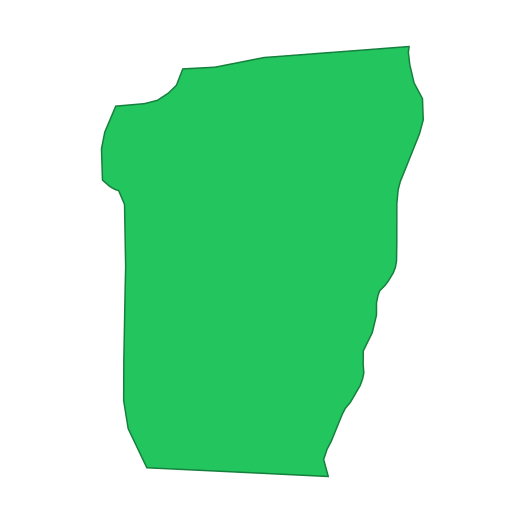 map outline of Atlantique (Robinson projection), rotated 183°
{"feature_id": "BEN-2174", "entity_name": "Atlantique", "entity_type": "Department", "adm_level": 1, "iso_a3": "BEN", "parent_name": "Benin", "parent_adm1": "", "projection": "robinson", "projection_center": [2.175, 6.604], "detail": "fine", "context": "isolated", "style": "filled", "palette": "green", "viewbox_px": 512, "rotation_deg": 183, "n_neighbors": 0, "source": "natural_earth", "source_scale": "10m", "svg_char_len": 846}
<svg xmlns="http://www.w3.org/2000/svg" viewBox="0 0 512 512"><g transform="rotate(183 256 256)"><path d="M338.9,439.0L306.9,442.4L258.5,454.6L114.1,473.2L114.5,467.2L112.4,454.9L107.2,437.1L98.0,421.9L96.1,400.7L99.2,386.4L112.4,347.7L115.8,337.9L117.5,329.7L118.1,315.7L116.1,276.9L115.4,258.3L116.2,252.0L118.1,246.2L122.6,237.8L125.7,233.3L130.7,227.7L132.1,223.0L133.2,215.6L132.6,203.2L135.9,185.5L143.9,166.8L143.3,153.3L142.2,144.9L143.1,139.0L145.2,132.1L154.0,115.0L158.9,108.4L161.6,102.4L171.2,74.8L174.9,66.8L177.8,56.4L172.3,39.6L353.9,38.8L374.6,76.9L380.6,104.8L382.5,144.3L385.0,217.8L385.6,238.3L390.0,300.7L396.6,314.1L400.0,315.0L403.5,316.6L406.1,318.1L413.3,323.8L415.9,355.0L413.5,371.8L403.9,398.3L375.4,402.3L362.6,406.3L351.9,414.2L344.4,422.3L338.9,439.0Z" fill="#22c55e" stroke="#15803d" stroke-width="1.5"/></g></svg>